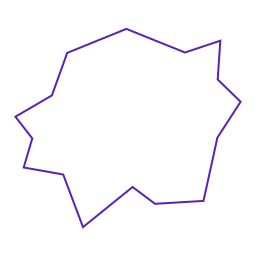 Waynesboro, Virginia, United States of America (Robinson projection)
{"feature_id": "52423323B98983591567848", "entity_name": "Waynesboro", "entity_type": "district", "adm_level": 2, "iso_a3": "USA", "parent_name": "United States of America", "parent_adm1": "Virginia", "projection": "robinson", "projection_center": [-78.906, 38.066], "detail": "fine", "context": "isolated", "style": "outline", "palette": "violet", "viewbox_px": 256, "rotation_deg": 0, "n_neighbors": 0, "source": "geoboundaries", "source_scale": "gbopen_adm2", "svg_char_len": 317}
<svg xmlns="http://www.w3.org/2000/svg" viewBox="0 0 256 256"><path d="M15.4,116.7L32.3,138.4L23.7,167.5L63.2,174.5L83.0,227.1L132.6,187.0L155.0,203.8L203.5,200.9L217.4,137.6L240.6,101.8L217.7,79.5L220.3,40.7L184.9,52.5L126.3,28.9L67.2,52.9L51.9,95.4L15.4,116.7Z" fill="none" stroke="#5b21b6" stroke-width="2"/></svg>